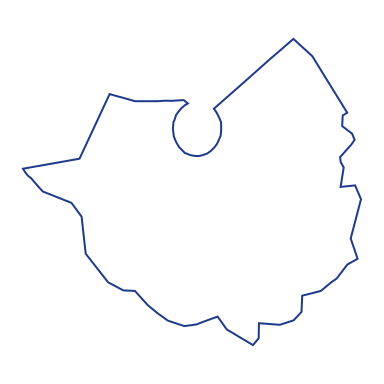 Ghabou, Guidimaka, Mauritania (Natural Earth projection)
{"feature_id": "47542326B82257373833544", "entity_name": "Ghabou", "entity_type": "district", "adm_level": 2, "iso_a3": "MRT", "parent_name": "Mauritania", "parent_adm1": "Guidimaka", "projection": "natural_earth1", "projection_center": [-12.146, 15.031], "detail": "fine", "context": "isolated", "style": "outline", "palette": "blue", "viewbox_px": 384, "rotation_deg": 0, "n_neighbors": 0, "source": "geoboundaries", "source_scale": "gbopen_adm2", "svg_char_len": 1177}
<svg xmlns="http://www.w3.org/2000/svg" viewBox="0 0 384 384"><path d="M293.4,38.9L269.9,59.2L240.4,85.4L213.9,108.7L216.8,112.9L219.7,118.8L221.1,122.4L221.2,130.6L220.6,135.9L219.2,139.1L217.1,143.7L214.2,147.6L210.8,150.9L207.3,153.5L202.4,155.2L198.4,156.1L194.7,155.9L190.6,155.2L184.8,152.9L179.3,147.3L176.5,142.8L174.8,138.9L173.8,136.2L172.9,128.7L173.5,122.0L174.2,120.8L176.1,114.9L179.0,111.0L181.6,108.0L185.0,105.1L187.9,103.5L183.7,100.1L171.8,100.8L164.6,100.7L157.9,101.2L135.1,101.2L109.6,94.1L79.5,158.7L23.0,168.7L25.3,172.4L27.9,175.7L31.1,178.2L33.5,181.0L36.8,184.8L39.2,187.6L43.0,191.6L71.5,202.9L81.6,216.7L85.7,253.7L108.1,282.3L123.3,290.4L134.9,290.9L147.7,305.1L157.1,312.9L168.0,320.7L184.4,326.1L188.1,325.6L196.2,324.5L205.7,320.9L217.6,316.6L226.8,329.5L253.0,345.1L258.7,338.2L258.8,329.4L259.0,323.2L279.8,324.8L293.7,320.3L301.5,311.9L302.2,295.7L320.9,290.9L331.0,282.5L336.7,278.5L347.4,264.5L357.6,258.8L350.7,238.5L361.0,199.2L355.1,185.4L340.6,186.9L343.7,167.5L340.7,162.0L340.1,157.1L351.4,144.5L354.6,139.8L352.1,133.7L342.2,126.1L342.7,115.5L347.2,112.7L312.3,56.2L293.4,38.9Z" fill="none" stroke="#1e3a8a" stroke-width="2"/></svg>